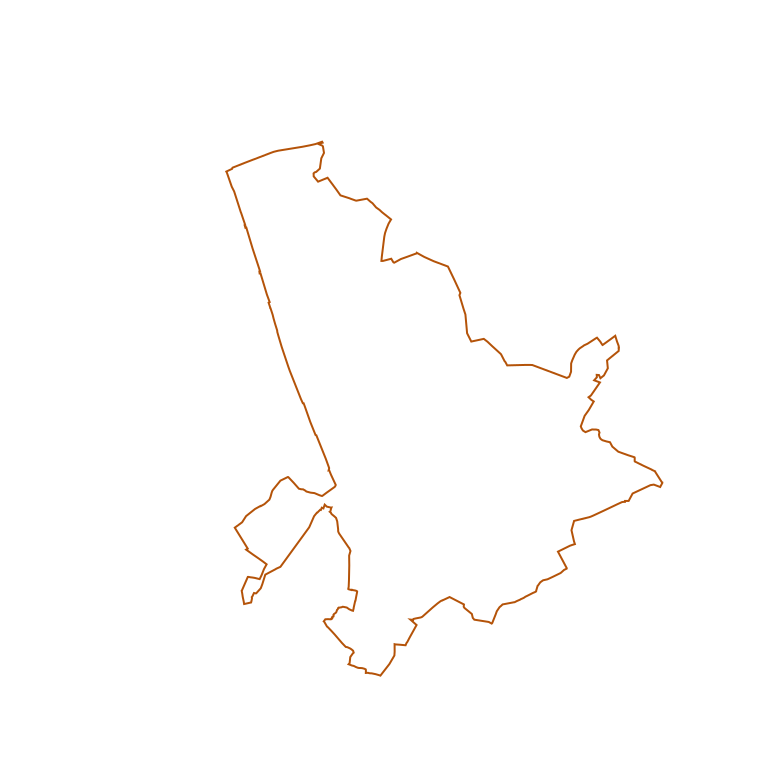 outline of Saldus pag., Saldus, Latvia, rotated 62°
{"feature_id": "27541924B25012386790133", "entity_name": "Saldus pag.", "entity_type": "district", "adm_level": 2, "iso_a3": "LVA", "parent_name": "Latvia", "parent_adm1": "Saldus", "projection": "albers", "projection_center": [22.463, 56.704], "detail": "fine", "context": "isolated", "style": "outline", "palette": "amber", "viewbox_px": 768, "rotation_deg": 62, "n_neighbors": 0, "source": "geoboundaries", "source_scale": "gbopen_adm2", "svg_char_len": 6105}
<svg xmlns="http://www.w3.org/2000/svg" viewBox="0 0 768 768"><g transform="rotate(62 384 384)"><path d="M467.1,172.1L465.0,161.3L462.3,159.6L462.2,159.8L461.4,159.3L460.4,158.9L455.8,158.3L450.0,157.2L450.9,163.3L452.2,172.7L452.0,172.8L449.1,173.1L448.3,173.1L443.1,174.2L443.1,175.2L444.0,185.4L443.8,189.3L444.0,190.3L444.4,194.4L444.9,196.3L445.9,199.0L447.6,201.8L451.4,206.6L453.7,209.1L461.0,213.1L464.5,217.0L464.5,219.7L436.8,244.2L434.1,249.1L427.0,263.3L425.4,266.5L421.4,266.5L420.6,266.8L412.8,266.7L412.3,266.8L402.5,270.3L402.0,270.5L395.2,272.8L391.0,274.7L387.5,287.0L378.2,286.8L360.9,279.5L355.1,278.5L341.0,275.7L339.4,273.8L325.0,273.0L310.3,272.4L299.0,282.4L290.7,288.8L283.5,293.5L284.0,294.0L283.7,295.7L282.6,303.6L281.6,310.4L281.7,318.0L281.4,318.3L280.8,318.6L276.8,318.8L274.8,327.3L274.1,328.5L270.2,325.9L257.8,317.2L254.1,314.6L251.2,312.2L248.0,308.8L244.5,304.6L242.0,300.5L231.4,305.1L228.2,306.2L224.4,308.1L218.9,309.3L216.9,310.3L212.6,311.9L212.4,312.0L209.2,322.2L208.9,322.7L208.5,323.1L207.5,324.0L205.1,326.2L203.8,327.3L197.0,333.9L189.9,334.8L175.4,337.0L174.4,347.2L167.7,348.6L165.0,347.3L164.6,345.9L164.9,344.3L163.7,339.5L155.3,333.4L151.8,328.5L145.6,326.4L144.7,326.5L141.1,329.4L142.1,324.9L141.0,324.9L140.0,331.8L138.4,337.6L136.2,344.8L134.7,349.2L128.4,367.7L127.9,369.6L127.2,372.5L126.7,376.0L124.6,393.3L124.5,393.8L123.9,398.8L123.3,403.7L121.9,416.1L122.2,416.7L122.7,417.1L122.4,423.5L123.6,423.5L138.3,425.8L143.6,425.9L165.2,429.8L165.7,429.8L178.5,431.9L178.4,432.5L181.0,433.0L181.1,432.1L202.6,436.4L226.2,440.5L226.1,441.2L228.0,441.9L228.3,441.1L250.0,445.4L258.0,446.5L258.0,447.3L258.0,447.7L262.6,448.5L263.5,448.8L263.7,448.6L270.6,449.8L274.1,450.7L279.7,451.9L286.6,453.2L288.0,453.8L291.7,454.6L303.1,456.9L324.0,460.4L328.1,461.0L358.3,464.4L362.9,464.7L363.3,464.0L367.0,464.5L382.9,466.9L396.9,468.4L397.5,467.8L422.7,470.5L432.5,471.9L434.2,473.4L434.3,472.9L439.2,473.4L450.5,474.0L451.3,475.0L451.7,475.8L451.8,476.5L452.7,483.2L453.0,485.5L453.8,490.7L453.8,491.3L452.0,493.1L447.7,496.6L445.4,499.9L442.5,503.0L440.9,503.7L439.0,504.9L438.1,506.5L436.5,508.3L428.9,510.1L421.3,512.2L421.0,512.6L420.7,520.8L425.4,531.9L426.0,532.9L427.3,534.3L430.4,537.2L432.3,539.5L433.9,545.9L434.0,550.2L433.7,550.3L433.8,556.5L435.9,567.8L439.5,574.2L440.8,583.2L465.4,581.6L465.5,583.5L473.2,579.7L478.0,577.2L484.4,574.0L488.1,572.3L491.1,576.9L495.2,581.7L497.9,585.4L494.4,589.3L492.6,591.7L492.4,592.1L490.5,594.5L490.4,594.8L496.5,602.5L499.2,605.9L499.5,606.2L499.7,606.7L502.6,607.6L505.7,608.7L509.9,609.9L512.6,610.8L513.2,608.7L514.5,603.9L513.4,602.9L511.3,601.2L510.6,601.0L510.1,600.8L509.8,600.0L507.5,596.9L508.7,595.5L508.8,595.3L508.8,595.0L506.5,588.7L503.7,585.5L496.6,578.3L496.6,569.8L496.6,566.6L496.5,565.9L496.8,561.3L475.4,517.3L474.3,515.9L472.8,514.0L467.9,507.8L466.1,503.6L466.3,503.3L465.5,500.8L465.5,500.6L465.1,499.5L465.6,498.9L464.0,497.0L465.4,495.9L462.7,493.0L465.4,492.1L468.2,488.9L468.4,488.4L468.7,488.8L471.3,491.2L471.5,491.5L471.5,491.8L472.7,491.3L473.4,491.4L474.3,491.3L474.8,491.1L477.7,489.9L479.7,489.2L483.3,489.8L490.5,492.6L492.5,493.6L493.7,493.8L495.2,493.8L512.0,491.9L512.5,491.7L515.7,492.0L519.1,495.3L527.8,499.8L540.9,507.1L546.5,510.4L548.2,511.8L548.5,511.7L549.4,510.8L550.8,509.3L550.6,508.9L550.8,508.7L551.3,508.3L552.7,506.5L553.8,505.4L554.5,505.1L554.8,505.2L559.1,508.7L561.4,510.5L562.1,511.1L562.1,511.4L562.6,511.8L567.3,515.8L567.8,516.1L569.7,517.8L569.0,518.6L566.5,520.5L563.9,521.8L562.0,524.1L561.3,525.0L561.2,526.3L560.6,528.0L560.5,528.7L560.2,528.9L560.3,529.7L561.2,530.6L561.4,531.5L563.0,533.2L563.4,534.1L563.6,536.0L564.1,537.0L564.6,537.1L565.3,537.5L565.6,537.9L565.3,538.2L565.3,538.9L565.8,539.7L566.6,539.7L566.9,540.4L566.9,541.0L566.5,541.4L566.6,541.8L566.1,542.6L565.3,543.9L564.2,546.3L565.3,548.6L565.7,548.4L571.4,548.2L572.5,547.7L577.9,546.2L581.8,545.2L592.9,542.7L598.2,541.2L599.2,539.9L601.7,538.0L603.0,537.3L605.0,536.5L607.0,536.9L607.3,538.1L609.1,541.7L609.3,542.0L614.3,545.4L614.8,546.8L617.6,544.4L618.6,543.2L619.6,542.4L620.3,542.0L622.2,540.4L623.0,539.4L623.6,538.3L624.6,536.7L626.0,535.2L626.7,534.6L627.5,534.1L628.7,534.6L630.6,535.7L631.5,533.7L632.4,532.8L633.2,531.6L633.7,530.7L634.7,529.5L636.2,527.7L638.9,524.9L639.8,524.1L633.8,510.7L628.6,502.3L625.4,500.3L618.7,496.8L619.4,496.0L621.9,492.0L624.8,487.6L623.3,485.8L622.7,484.5L619.9,480.4L612.1,468.4L604.4,471.3L605.9,469.1L605.5,468.9L605.3,468.3L605.9,466.0L607.4,461.1L607.5,459.5L604.2,446.0L602.9,439.8L602.4,436.6L602.3,435.5L602.4,434.0L602.5,434.0L602.9,426.1L616.2,416.9L616.7,417.3L618.1,418.2L619.5,418.1L628.3,414.4L632.2,415.4L634.5,414.9L643.3,403.2L646.1,401.4L645.9,400.7L639.8,393.5L637.6,391.1L635.3,386.8L634.8,384.5L634.3,382.8L637.7,371.8L638.0,371.1L638.0,370.9L638.0,368.7L638.2,366.3L638.3,364.9L638.2,363.8L638.3,363.3L638.4,361.9L638.4,360.5L638.2,359.0L638.3,356.6L638.4,350.6L638.6,348.4L638.6,347.3L638.5,347.1L638.4,347.1L634.7,343.5L634.5,343.4L634.2,342.6L632.5,339.2L632.4,338.7L632.0,335.7L633.2,331.3L633.5,325.5L633.8,316.9L633.7,316.3L632.7,312.3L632.7,312.0L632.8,309.4L632.4,309.1L613.7,309.1L614.1,295.7L614.5,293.1L615.0,290.6L612.1,290.1L601.1,287.1L594.1,280.4L597.9,265.5L598.2,263.7L598.4,261.2L598.4,261.3L599.0,249.9L599.3,243.6L599.7,234.4L600.0,229.3L600.5,227.9L601.2,226.6L600.4,226.1L602.1,222.9L597.4,215.9L598.4,196.2L599.5,193.0L604.6,188.5L602.1,184.8L601.5,184.8L601.4,184.6L601.1,184.8L588.4,185.8L588.3,185.7L585.5,187.8L585.3,187.8L578.0,193.3L570.2,198.9L569.8,198.9L566.9,197.3L566.4,197.2L566.1,197.4L561.6,201.8L553.8,208.9L546.5,211.8L541.5,211.8L539.2,214.5L536.2,217.5L534.9,218.2L533.8,218.6L531.7,218.6L529.5,217.9L528.0,216.5L525.3,216.3L523.8,218.1L521.8,221.7L521.1,228.7L518.5,230.2L516.0,230.4L513.7,230.1L513.6,229.9L506.3,221.8L503.1,215.4L497.9,207.0L495.3,208.4L491.7,209.6L491.3,206.7L484.0,192.6L479.4,196.7L478.0,192.9L475.8,191.9L477.0,190.0L480.5,190.2L479.7,185.8L475.2,179.0L467.9,176.0L467.1,172.1Z" fill="none" stroke="#b45309" stroke-width="2"/></g></svg>